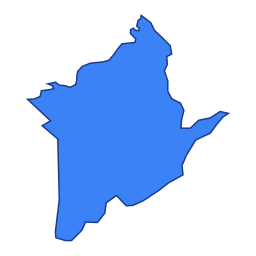 the district of Galini, Cyprus
{"feature_id": "46923920B41086018803178", "entity_name": "Galini", "entity_type": "district", "adm_level": 2, "iso_a3": "CYP", "parent_name": "Cyprus", "parent_adm1": "", "projection": "orthographic", "projection_center": [32.781, 35.132], "detail": "fine", "context": "isolated", "style": "filled", "palette": "blue", "viewbox_px": 256, "rotation_deg": 0, "n_neighbors": 0, "source": "geoboundaries", "source_scale": "gbopen_adm2", "svg_char_len": 1063}
<svg xmlns="http://www.w3.org/2000/svg" viewBox="0 0 256 256"><path d="M27.6,99.3L50.5,120.8L42.2,125.7L57.8,139.0L59.3,199.4L55.4,231.8L55.9,237.7L65.6,240.6L71.5,240.6L81.8,230.3L85.7,222.0L97.4,222.5L104.8,213.1L106.2,202.8L116.5,195.5L126.3,205.8L133.1,205.3L142.9,200.9L158.5,190.6L168.8,182.7L174.6,179.5L183.0,174.8L182.0,165.5L186.4,155.2L195.7,140.0L210.3,133.1L217.2,123.8L223.0,116.9L228.4,113.4L220.1,111.5L215.7,114.4L210.3,117.9L198.6,120.3L190.3,128.2L181.0,128.2L181.5,119.8L183.9,110.5L180.5,103.2L171.7,98.7L167.8,91.4L167.8,81.1L164.4,70.8L167.3,64.4L166.8,56.5L171.7,54.1L170.2,45.7L162.4,37.9L154.6,30.5L150.7,22.7L141.2,15.4L140.7,18.6L138.2,20.3L136.7,26.0L139.0,28.0L139.0,30.5L135.4,30.5L133.7,28.2L130.5,29.7L130.5,33.5L135.8,39.1L134.8,42.5L122.0,43.8L118.0,48.5L113.3,55.1L109.0,60.2L103.1,61.9L90.3,63.2L82.3,66.4L77.8,71.3L76.9,75.2L76.7,80.7L75.4,84.6L70.3,87.3L64.4,85.6L59.3,85.2L55.5,82.2L47.8,83.9L52.3,85.6L53.7,88.8L49.9,89.5L41.4,90.8L40.1,96.5L33.8,99.1L27.6,99.3Z" fill="#3b82f6" stroke="#1e3a8a" stroke-width="1.5"/></svg>